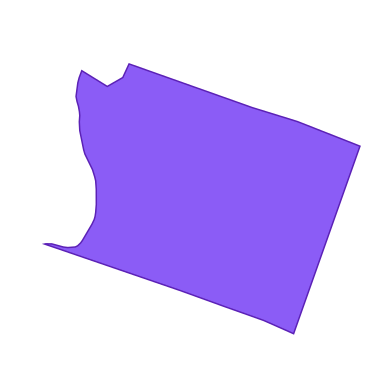 outline of Union, Illinois, United States of America, rotated 19°
{"feature_id": "52423323B99483960242542", "entity_name": "Union", "entity_type": "district", "adm_level": 2, "iso_a3": "USA", "parent_name": "United States of America", "parent_adm1": "Illinois", "projection": "natural_earth1", "projection_center": [-89.408, 37.465], "detail": "fine", "context": "isolated", "style": "filled", "palette": "violet", "viewbox_px": 384, "rotation_deg": 19, "n_neighbors": 0, "source": "geoboundaries", "source_scale": "gbopen_adm2", "svg_char_len": 655}
<svg xmlns="http://www.w3.org/2000/svg" viewBox="0 0 384 384"><g transform="rotate(19 192 192)"><path d="M268.7,91.1L221.4,92.6L90.8,91.4L89.3,106.3L77.5,119.8L48.3,113.2L48.2,116.6L48.1,120.7L48.5,125.9L51.0,138.2L51.3,139.5L53.8,143.8L56.7,147.9L59.4,152.7L61.0,156.3L62.6,162.3L65.9,170.5L75.8,187.3L78.4,191.0L90.6,203.2L95.0,209.2L97.3,212.8L100.6,220.6L105.6,235.0L107.6,242.7L108.3,246.5L108.5,249.8L107.9,255.1L104.2,273.3L103.3,276.4L101.4,280.1L99.5,282.0L92.6,285.0L88.3,285.9L76.4,286.7L70.6,288.6L69.6,289.2L212.0,289.0L259.6,289.7L301.5,290.1L334.2,292.9L335.9,94.0L268.7,91.1Z" fill="#8b5cf6" stroke="#5b21b6" stroke-width="1.5"/></g></svg>